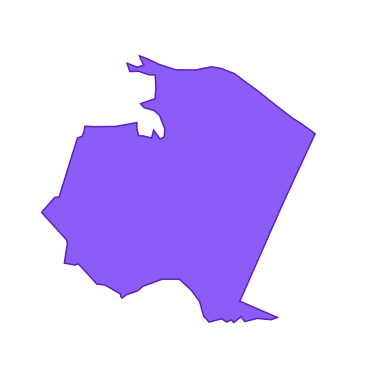 Vermilion, Louisiana, United States of America, rotated 204°
{"feature_id": "52423323B90141807319554", "entity_name": "Vermilion", "entity_type": "district", "adm_level": 2, "iso_a3": "USA", "parent_name": "United States of America", "parent_adm1": "Louisiana", "projection": "natural_earth1", "projection_center": [-92.265, 29.84], "detail": "fine", "context": "isolated", "style": "filled", "palette": "violet", "viewbox_px": 384, "rotation_deg": 204, "n_neighbors": 0, "source": "geoboundaries", "source_scale": "gbopen_adm2", "svg_char_len": 1102}
<svg xmlns="http://www.w3.org/2000/svg" viewBox="0 0 384 384"><g transform="rotate(204 192 192)"><path d="M100.7,89.7L96.5,97.9L91.1,95.1L80.9,103.1L67.8,107.5L62.9,112.1L103.9,111.7L104.3,218.9L103.2,295.3L103.9,295.5L119.6,298.8L130.0,300.3L151.2,305.4L172.5,311.0L187.6,314.2L201.3,317.4L215.7,316.7L225.2,314.3L238.4,304.9L256.4,297.1L274.0,295.2L287.8,295.5L295.4,295.0L293.2,292.7L287.5,288.1L293.1,283.7L303.7,283.2L297.8,276.8L289.7,280.6L278.8,281.6L273.2,284.1L267.1,272.1L263.7,262.2L274.9,251.8L270.0,249.6L259.7,251.0L252.9,248.9L242.5,238.6L239.8,231.1L242.6,227.4L252.2,232.9L250.9,224.9L259.3,223.4L263.7,221.7L268.1,227.3L270.6,233.0L288.3,220.9L307.5,212.1L316.6,208.5L315.3,203.6L315.1,198.1L318.6,194.8L311.4,133.6L315.3,131.1L321.1,112.2L301.3,103.5L287.2,97.2L285.0,94.4L279.7,75.1L269.2,77.7L266.6,80.1L252.5,74.1L241.6,69.2L233.5,71.6L216.0,69.8L214.3,67.4L212.9,66.6L209.9,71.7L201.5,79.6L198.4,86.0L183.8,100.2L168.1,107.2L152.6,102.0L140.5,95.0L130.9,83.4L123.5,80.1L113.4,88.2L107.5,87.3L104.0,91.2L100.7,89.7Z" fill="#8b5cf6" stroke="#5b21b6" stroke-width="1.5"/></g></svg>